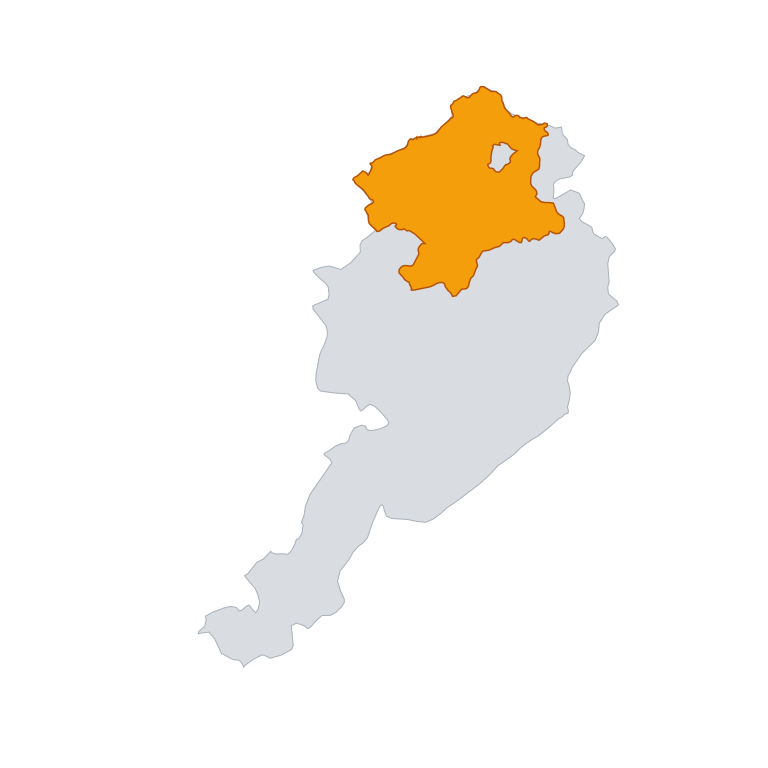 location of Niederösterreich within Austria, rotated 311°
{"feature_id": "AUT-2330", "entity_name": "Niederösterreich", "entity_type": "State", "adm_level": 1, "iso_a3": "AUT", "parent_name": "Austria", "parent_adm1": "", "projection": "mercator", "projection_center": [15.834, 48.226], "detail": "fine", "context": "in_parent", "style": "filled", "palette": "amber", "viewbox_px": 768, "rotation_deg": 311, "n_neighbors": 0, "source": "natural_earth", "source_scale": "10m", "svg_char_len": 8887}
<svg xmlns="http://www.w3.org/2000/svg" viewBox="0 0 768 768"><g transform="rotate(311 384 384)"><path d="M73.9,438.3L80.5,423.7L81.9,414.7L76.1,409.4L73.6,407.8L75.6,406.6L83.9,407.6L89.1,404.6L91.9,401.6L99.2,404.4L110.0,410.1L115.1,413.9L117.2,416.8L118.4,419.3L117.7,423.5L120.2,425.2L125.3,425.8L128.7,427.1L127.5,432.7L127.2,437.3L131.9,436.7L137.8,433.2L142.4,426.8L145.2,420.7L147.4,405.8L148.1,404.5L151.7,405.7L166.0,405.0L172.7,407.8L183.4,408.3L183.2,410.6L185.1,414.3L189.9,419.5L192.2,423.0L197.2,423.6L204.9,421.7L209.4,419.7L211.0,421.1L218.0,419.8L224.3,415.5L225.8,412.3L232.1,410.0L240.5,404.7L252.2,400.6L290.3,396.3L291.8,393.0L291.3,385.5L292.3,384.3L297.1,386.2L304.8,388.0L310.7,390.7L314.6,394.1L318.1,394.3L323.6,391.8L331.1,390.3L338.0,393.9L340.1,397.8L338.8,399.8L339.0,403.0L341.1,405.6L346.8,409.9L354.1,413.6L357.8,413.3L359.2,409.7L360.6,401.2L361.1,392.0L359.4,386.7L355.5,385.4L350.8,385.0L348.3,383.9L349.2,381.0L352.9,373.5L352.9,363.4L344.4,352.0L337.1,340.9L337.1,337.1L341.5,330.5L348.3,325.3L363.3,316.6L368.1,314.8L374.2,313.3L383.0,309.7L387.2,306.0L390.0,302.0L394.1,281.1L395.1,280.2L396.3,278.9L411.6,286.2L413.0,285.0L415.6,283.8L420.6,278.2L421.7,274.0L421.6,266.0L422.1,258.5L423.0,256.1L425.3,257.0L431.9,260.9L437.2,265.3L442.1,276.4L453.6,279.3L468.0,279.6L473.2,274.7L477.9,273.5L483.2,275.0L494.4,276.8L495.6,267.8L502.1,258.5L505.0,255.2L513.2,255.5L515.3,248.6L517.3,229.2L519.0,227.1L525.0,227.5L530.9,231.0L532.7,233.9L535.8,233.7L540.1,231.7L544.9,230.5L552.4,232.5L568.4,241.3L576.6,244.5L581.8,243.9L586.7,244.0L605.6,257.6L618.8,259.5L630.9,259.6L634.8,255.5L639.9,252.0L645.2,252.5L649.9,254.3L659.0,260.1L663.2,261.6L668.8,262.6L672.9,263.9L676.6,274.1L678.6,276.8L678.3,278.1L677.8,282.7L674.6,288.6L671.2,296.2L671.5,302.9L680.2,326.0L687.9,340.0L689.4,345.3L694.4,349.4L689.7,354.6L688.7,362.2L685.7,365.6L684.9,369.9L686.2,373.9L686.1,378.8L687.8,385.6L680.3,387.1L671.2,386.9L668.0,387.3L665.0,389.1L661.9,388.2L653.7,381.8L649.1,380.4L645.9,380.8L643.4,383.6L639.2,387.1L635.3,389.6L636.2,391.8L653.1,397.6L656.1,406.4L652.8,413.5L651.7,417.0L647.8,419.8L642.9,422.2L637.0,422.8L636.4,426.7L638.7,438.0L636.8,440.4L634.9,444.0L636.7,453.2L640.3,453.9L641.1,456.0L640.5,459.8L639.8,463.8L638.5,468.0L637.9,469.9L635.5,471.1L628.0,470.4L621.5,474.0L608.6,487.0L604.0,489.2L599.1,494.4L599.4,505.7L598.7,506.7L597.5,509.1L582.0,505.1L581.5,505.1L571.1,506.6L563.9,511.8L555.3,514.8L537.2,513.2L519.6,515.2L515.4,516.7L510.8,517.6L506.6,520.6L504.1,524.8L499.7,530.2L493.5,534.4L486.7,537.7L485.1,540.4L482.9,542.0L479.1,539.9L476.0,540.0L472.3,538.6L459.9,537.1L446.2,534.6L439.7,532.2L432.3,530.3L424.4,528.8L417.2,528.4L413.7,527.7L396.6,523.5L385.3,523.3L370.4,521.5L340.8,515.2L332.2,512.7L324.0,511.9L314.2,509.7L306.8,506.1L302.1,499.3L297.0,490.3L287.8,478.4L285.9,472.5L288.7,467.3L291.6,463.4L291.3,461.7L289.0,460.9L272.7,466.0L257.0,472.4L250.7,472.5L244.7,471.1L236.7,471.0L229.1,472.7L213.7,473.6L204.7,478.3L199.0,487.5L195.8,494.9L193.2,497.3L187.9,498.2L179.8,497.5L174.2,495.3L168.5,489.0L159.6,488.1L151.4,488.0L149.2,486.8L149.4,482.7L146.1,474.9L140.8,472.5L127.0,487.1L123.2,488.4L112.1,484.4L102.4,478.1L101.3,473.6L99.7,469.8L91.6,466.3L81.4,463.8L78.2,463.8L79.4,461.6L80.6,457.9L79.9,454.9L77.5,451.8L76.2,448.5L75.8,445.3L75.1,442.7L74.6,440.2L73.9,438.3Z" fill="#d9dde1" stroke="#a8b0b8" stroke-width="1"/><path d="M519.9,226.0L524.4,227.6L530.7,228.1L531.3,229.8L531.7,231.5L531.6,233.2L531.1,235.0L532.7,235.0L538.9,233.3L539.3,233.1L540.5,231.7L540.7,231.1L540.9,229.4L541.3,228.9L541.9,228.9L542.3,229.4L542.6,230.0L543.1,230.3L546.9,230.3L548.7,230.9L552.6,232.9L556.2,234.1L558.0,235.1L562.0,238.6L563.9,239.3L568.7,241.2L575.0,244.8L576.9,245.2L578.7,245.2L580.1,244.8L583.0,243.2L583.7,243.1L586.2,243.1L586.7,243.4L587.0,244.9L587.4,245.6L588.0,245.8L589.5,245.9L590.4,246.6L591.0,246.9L591.7,246.8L590.9,247.9L591.9,247.7L592.8,247.7L593.4,248.3L593.5,249.6L594.9,249.2L595.3,249.7L595.3,250.6L595.4,251.2L603.6,257.2L607.9,259.1L615.5,258.6L626.8,260.3L626.9,260.2L628.6,260.0L629.7,260.9L630.2,261.0L631.4,260.6L632.3,259.8L636.5,252.7L637.9,251.7L640.2,252.1L641.1,252.0L642.5,251.4L643.3,251.3L644.0,251.6L645.4,252.5L650.3,253.9L651.8,254.1L653.4,254.7L654.0,256.2L654.3,258.0L654.9,259.4L656.0,260.2L657.3,260.4L660.4,260.3L661.6,260.7L664.5,262.7L666.0,263.2L667.6,263.0L670.7,261.9L672.1,262.0L674.0,264.7L675.1,272.9L677.9,276.2L678.7,281.9L678.3,283.5L678.1,284.1L676.8,285.5L675.4,286.6L674.8,287.8L674.4,289.4L672.2,292.5L671.4,294.1L671.1,295.9L670.4,302.4L670.1,303.2L669.9,303.6L669.8,304.1L669.8,305.5L670.0,306.2L670.6,306.6L672.3,306.8L672.7,307.1L673.6,307.8L674.4,308.7L674.8,309.7L674.6,310.2L674.3,310.9L674.1,311.5L674.5,311.8L674.7,312.1L675.0,312.7L675.3,313.4L675.4,313.9L675.6,314.7L676.3,315.1L677.0,315.4L677.9,316.2L678.4,316.4L678.7,316.8L678.8,317.3L678.7,318.7L678.7,319.3L680.0,323.7L680.4,325.9L680.4,328.6L680.9,330.5L683.0,332.7L684.1,333.4L685.4,333.6L686.3,334.2L687.5,336.4L686.5,337.5L685.9,337.8L685.2,338.0L684.3,337.8L683.6,337.3L682.7,336.8L682.1,337.1L681.0,338.2L680.7,340.0L680.8,340.9L681.0,341.8L680.9,342.8L680.3,344.0L679.3,344.6L678.1,343.9L675.6,341.9L674.3,341.4L672.6,341.6L670.7,342.5L667.4,344.9L664.0,346.5L663.0,346.4L662.1,346.6L660.4,347.4L658.4,349.0L657.2,352.1L656.4,353.6L655.2,354.7L652.4,356.7L650.8,358.3L647.7,359.9L641.9,358.0L639.1,358.2L636.8,358.9L632.8,362.0L631.5,363.3L630.3,365.7L630.1,370.4L629.8,371.8L629.3,372.9L628.3,374.1L627.4,374.9L624.6,375.2L624.5,382.6L625.2,384.1L626.4,386.2L629.2,389.5L631.6,393.2L628.9,398.4L628.4,399.2L627.6,400.7L627.1,402.1L626.9,404.7L627.1,406.4L627.6,407.9L627.5,409.3L627.4,410.5L623.1,415.1L621.8,416.2L619.8,417.3L617.7,417.7L613.0,417.6L610.2,415.1L609.4,413.4L608.9,412.1L608.8,411.5L608.7,410.7L608.4,409.8L608.2,409.2L607.9,408.9L607.5,408.7L605.6,409.7L604.8,410.0L604.2,409.9L603.6,409.7L602.8,408.9L600.8,407.8L594.2,406.7L593.2,403.9L592.2,402.0L590.1,400.4L588.1,400.4L587.5,400.3L587.0,400.0L586.8,399.2L586.9,398.7L587.2,397.5L587.3,396.6L587.3,395.8L587.2,395.2L587.0,394.8L586.5,393.8L586.1,393.3L585.5,393.0L584.4,393.2L581.7,394.7L580.8,394.7L580.1,394.2L579.4,392.6L579.2,391.2L578.7,387.7L578.3,386.9L577.7,386.3L576.7,386.1L576.0,386.3L575.2,386.3L574.3,386.0L572.7,385.2L571.5,384.4L570.6,383.1L568.9,381.3L563.4,380.8L560.3,378.5L553.5,375.2L550.1,372.1L548.8,371.5L547.2,371.4L542.2,372.6L541.6,372.6L538.3,372.1L536.0,375.0L535.6,375.9L534.8,376.8L533.9,377.3L530.8,378.0L526.6,379.7L524.1,380.4L523.3,380.4L522.0,380.2L520.7,380.2L519.1,380.7L515.8,382.1L513.8,383.3L511.7,383.8L510.0,383.6L507.6,381.5L506.8,380.7L506.4,380.4L497.9,380.5L495.1,378.2L496.4,375.2L496.6,373.8L496.6,370.9L497.7,366.4L499.2,364.3L499.2,362.1L498.7,361.1L497.8,360.1L496.1,358.8L494.3,357.8L491.8,357.0L487.5,354.9L474.4,344.9L472.9,343.2L473.0,342.6L473.6,342.4L474.0,342.2L474.4,341.8L475.5,339.7L475.6,339.3L475.6,338.6L475.7,338.3L475.8,338.1L476.7,337.0L477.2,336.2L477.2,335.8L477.0,335.4L476.8,335.1L476.7,334.6L476.3,331.2L476.5,330.5L476.9,329.5L477.1,328.4L477.6,323.5L477.7,322.7L477.9,322.5L478.0,322.2L478.8,321.5L479.3,321.2L480.4,320.3L484.1,320.3L485.5,320.8L486.7,321.7L487.8,322.9L490.0,326.1L491.4,327.4L493.1,327.9L504.8,325.1L505.9,324.1L507.1,322.4L508.3,321.2L509.8,320.6L513.8,320.4L514.7,320.6L515.7,321.2L516.9,322.7L517.0,320.0L517.5,309.4L516.6,303.3L516.2,302.2L514.7,301.1L514.2,297.1L512.2,296.4L510.3,293.8L510.0,292.5L510.0,291.4L510.1,290.7L510.1,289.6L510.2,289.2L510.3,288.9L510.7,288.9L512.5,289.0L512.8,288.8L512.8,288.3L512.7,287.0L511.9,285.7L510.8,284.7L509.4,284.2L506.5,283.8L503.8,282.4L501.2,281.3L496.1,280.1L494.6,278.7L494.4,278.3L494.8,278.0L495.2,274.8L495.1,271.0L495.4,267.7L497.0,265.2L501.2,261.4L501.7,259.0L502.5,257.6L502.8,256.1L503.3,254.9L504.5,254.4L508.8,255.0L513.0,256.8L514.6,256.6L515.6,254.4L515.4,254.2L515.0,253.4L514.7,252.4L514.5,251.7L514.6,250.8L515.2,249.2L517.0,241.5L517.0,238.1L516.6,234.3L516.7,230.7L517.8,228.1L517.7,227.5L517.7,226.9L517.8,226.5L518.1,226.3L519.9,226.0ZM640.3,314.9L640.0,314.6L637.8,310.7L637.3,310.1L634.8,309.8L634.5,310.8L633.9,311.3L632.5,311.7L629.6,313.1L624.1,316.7L623.7,317.4L622.7,318.3L622.1,318.7L621.0,319.0L619.9,319.1L618.0,318.2L617.3,318.8L616.8,319.6L616.6,320.1L616.3,321.0L616.3,322.1L617.0,323.2L617.6,323.9L618.0,324.7L618.2,325.4L617.5,328.9L618.1,330.1L618.6,330.6L619.0,331.4L619.9,332.0L624.9,332.4L627.1,332.0L629.2,332.0L630.3,332.8L631.8,333.4L632.6,333.6L634.4,333.7L635.3,333.1L635.7,332.6L635.9,332.0L636.2,331.6L636.8,331.0L638.1,330.6L641.9,330.4L647.5,331.5L645.8,327.8L645.2,326.0L645.6,322.7L646.2,320.1L646.3,319.8L646.2,319.5L646.0,319.0L645.3,318.4L645.0,316.8L644.8,315.9L643.9,315.0L643.5,314.0L642.6,313.2L641.1,313.4L640.6,314.3L640.3,314.9L640.3,314.9Z" fill="#f59e0b" stroke="#b45309" stroke-width="1.5"/></g></svg>